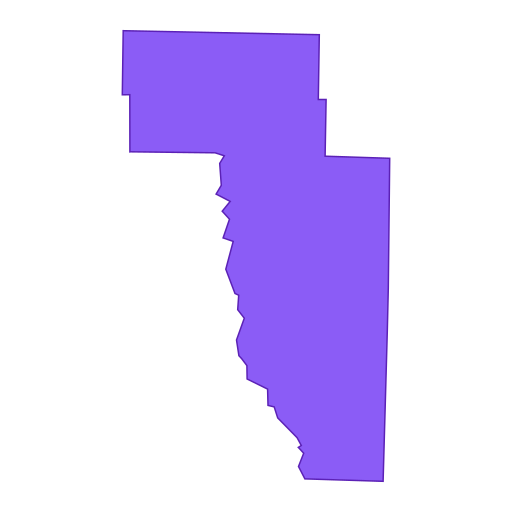 outline of Howard, Arkansas, United States of America
{"feature_id": "52423323B29422586516725", "entity_name": "Howard", "entity_type": "district", "adm_level": 2, "iso_a3": "USA", "parent_name": "United States of America", "parent_adm1": "Arkansas", "projection": "mercator", "projection_center": [-94.035, 34.052], "detail": "fine", "context": "isolated", "style": "filled", "palette": "violet", "viewbox_px": 512, "rotation_deg": 0, "n_neighbors": 0, "source": "geoboundaries", "source_scale": "gbopen_adm2", "svg_char_len": 665}
<svg xmlns="http://www.w3.org/2000/svg" viewBox="0 0 512 512"><path d="M319.3,34.7L123.2,30.7L122.3,94.8L129.8,94.7L129.9,151.9L130.6,151.8L215.1,152.8L224.3,155.8L219.7,163.4L221.3,185.3L216.1,194.1L230.2,201.4L222.2,211.2L229.5,219.2L223.1,237.9L233.2,241.4L225.8,269.2L235.0,293.5L238.7,295.2L237.7,309.7L244.3,318.2L236.5,340.0L238.9,355.7L241.6,358.6L246.9,365.6L247.1,379.0L267.6,389.1L268.0,405.4L274.2,406.9L277.7,417.9L297.1,437.7L301.3,445.5L298.3,447.4L303.7,453.2L298.5,466.5L304.9,478.9L305.8,478.9L383.1,481.3L387.3,331.1L388.3,288.1L389.7,158.3L325.1,156.2L326.1,99.5L318.3,99.5L319.3,34.7Z" fill="#8b5cf6" stroke="#5b21b6" stroke-width="1.5"/></svg>